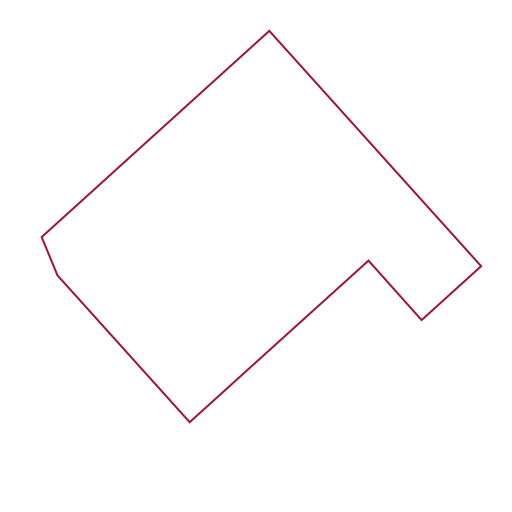 Gosper, Nebraska, United States of America, rotated 228°
{"feature_id": "52423323B47226627023047", "entity_name": "Gosper", "entity_type": "district", "adm_level": 2, "iso_a3": "USA", "parent_name": "United States of America", "parent_adm1": "Nebraska", "projection": "mercator", "projection_center": [-99.89, 40.526], "detail": "fine", "context": "isolated", "style": "outline", "palette": "rose", "viewbox_px": 512, "rotation_deg": 228, "n_neighbors": 0, "source": "geoboundaries", "source_scale": "gbopen_adm2", "svg_char_len": 257}
<svg xmlns="http://www.w3.org/2000/svg" viewBox="0 0 512 512"><g transform="rotate(228 256 256)"><path d="M176.9,95.5L177.3,336.5L97.6,336.2L97.8,416.5L414.4,416.5L413.5,109.4L374.5,95.5L176.9,95.5Z" fill="none" stroke="#9f1239" stroke-width="2"/></g></svg>